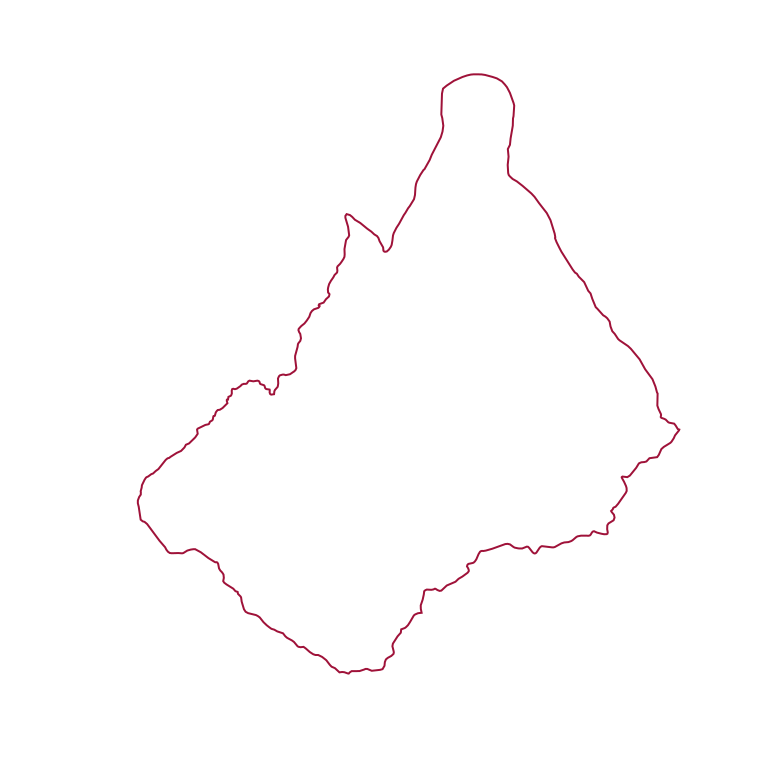 the district of Chinavita, Boyacá, Colombia, rotated 254°
{"feature_id": "7082276B18189760139189", "entity_name": "Chinavita", "entity_type": "district", "adm_level": 2, "iso_a3": "COL", "parent_name": "Colombia", "parent_adm1": "Boyacá", "projection": "mercator", "projection_center": [-73.337, 5.21], "detail": "fine", "context": "isolated", "style": "outline", "palette": "rose", "viewbox_px": 768, "rotation_deg": 254, "n_neighbors": 0, "source": "geoboundaries", "source_scale": "gbopen_adm2", "svg_char_len": 6166}
<svg xmlns="http://www.w3.org/2000/svg" viewBox="0 0 768 768"><g transform="rotate(254 384 384)"><path d="M615.7,585.9L618.3,586.0L629.1,585.3L635.4,584.0L638.6,582.7L642.4,580.8L646.7,576.7L649.3,572.9L653.2,566.4L654.8,562.9L657.0,555.4L657.5,552.7L657.7,548.9L657.5,544.1L656.2,534.8L653.6,526.6L651.7,522.2L647.2,519.8L627.3,513.4L623.5,513.3L615.9,512.2L610.5,509.8L605.5,506.6L591.2,493.1L586.8,489.7L579.3,482.1L578.8,480.9L574.9,476.4L569.6,471.4L567.4,469.9L564.2,468.4L557.2,465.9L553.4,463.8L547.9,457.8L546.3,455.6L542.6,451.7L540.9,449.6L533.9,442.7L530.7,439.0L526.4,435.0L524.3,433.6L519.5,431.6L515.6,429.7L514.0,428.4L511.8,425.7L510.6,423.2L510.8,421.4L511.4,420.6L512.3,420.2L515.6,420.8L522.5,419.1L525.9,418.9L528.1,418.1L530.5,415.9L534.0,413.8L537.9,410.7L545.3,405.6L549.9,401.3L553.4,399.5L555.8,397.8L557.6,394.9L556.2,393.2L554.4,392.7L545.1,392.8L536.5,391.5L535.2,390.5L532.9,387.3L532.0,386.8L524.6,383.2L519.4,381.9L517.1,381.0L515.2,379.3L513.0,376.7L511.6,374.9L509.9,371.8L508.9,371.0L505.7,370.4L504.1,369.6L502.4,366.5L500.5,364.7L497.8,361.4L495.2,358.8L492.3,357.0L490.4,356.1L487.3,355.5L485.8,356.3L485.2,356.3L483.3,355.2L481.5,351.6L478.9,348.4L478.6,343.7L477.7,342.9L477.3,342.9L476.6,343.6L475.7,342.7L475.3,341.8L475.1,337.3L474.0,334.8L472.4,332.9L469.2,330.7L466.3,327.3L464.1,324.2L462.5,320.4L460.6,317.3L459.4,316.6L457.4,316.7L455.2,317.3L450.8,316.8L448.5,315.4L446.9,313.1L446.1,312.3L443.4,311.1L435.5,306.3L433.1,305.6L423.4,304.1L421.8,302.8L421.0,301.4L419.3,296.3L419.6,292.0L420.7,290.3L421.0,288.9L421.0,286.3L420.4,285.2L418.5,283.6L413.7,282.5L411.3,281.4L410.5,280.9L408.3,277.5L407.2,276.6L404.5,275.5L404.9,272.6L405.8,271.8L407.3,271.7L409.6,272.5L410.2,272.5L411.6,269.4L412.6,268.7L415.3,268.6L415.9,268.3L418.0,265.2L418.7,264.9L420.4,264.9L421.4,264.4L422.1,263.2L422.6,259.1L424.3,255.6L424.0,254.3L422.3,252.3L422.2,251.2L422.8,249.3L422.6,247.1L421.6,245.5L420.1,241.2L420.1,239.3L421.0,237.7L420.9,236.6L419.6,235.8L416.8,235.1L415.4,234.1L414.9,233.5L414.5,230.9L412.1,229.8L412.4,229.1L412.0,228.5L411.0,228.2L408.7,228.2L405.4,222.2L404.5,219.1L404.8,217.0L404.2,215.9L403.1,214.5L400.2,212.7L400.0,212.3L400.2,211.5L400.0,211.1L397.0,209.6L396.4,208.9L395.7,206.3L393.9,204.8L393.7,204.0L393.9,201.0L392.4,192.5L391.6,191.7L387.5,191.2L384.7,187.8L380.6,180.2L380.2,176.8L378.0,174.7L375.6,170.5L374.9,165.8L372.8,158.6L372.2,157.2L372.2,155.4L371.2,153.2L364.4,143.7L363.3,140.6L361.6,137.3L361.5,135.5L360.1,131.8L359.9,130.2L359.6,129.4L358.0,127.5L353.4,123.4L351.2,122.5L347.9,120.5L347.2,120.5L344.7,119.7L342.9,117.5L339.9,115.3L337.2,114.5L333.7,114.4L320.7,112.7L318.5,114.2L317.5,115.8L314.7,117.7L295.2,125.0L287.4,128.6L284.8,129.1L282.3,130.1L280.6,131.5L279.8,133.4L278.2,139.7L276.9,143.2L276.8,144.5L278.1,149.0L278.1,152.5L277.8,154.9L277.3,156.9L272.8,161.5L265.1,167.2L259.6,172.2L259.1,172.8L258.8,174.1L258.3,174.6L256.8,175.0L252.2,174.6L249.9,175.2L247.4,176.5L245.1,177.2L241.8,176.6L238.8,175.1L237.1,175.6L234.8,177.3L228.8,182.7L225.8,184.1L224.5,186.0L222.5,185.8L219.2,187.6L218.2,187.8L214.0,187.2L206.1,187.3L203.2,188.2L201.2,190.2L197.2,197.2L195.8,198.7L193.9,200.2L188.3,202.5L184.5,204.7L182.0,206.5L179.7,208.3L178.1,210.8L175.6,213.2L172.2,218.2L168.7,219.6L166.7,220.9L162.9,224.8L160.8,226.4L155.8,228.6L155.0,229.3L154.0,231.2L153.5,234.2L151.5,235.8L146.8,238.8L143.7,241.5L142.4,243.4L141.6,246.1L138.7,249.3L134.4,252.4L129.0,254.5L126.7,255.7L124.4,258.5L119.1,261.7L118.7,264.4L117.9,266.4L115.5,269.8L115.4,270.4L116.2,271.5L116.9,273.7L114.8,281.3L115.0,286.3L115.2,287.6L114.7,289.4L111.7,293.2L110.3,301.5L110.3,304.0L113.0,306.8L116.5,308.2L118.7,309.9L119.7,312.1L120.6,316.1L121.9,318.7L123.1,319.4L124.3,319.6L129.6,319.8L132.0,321.0L137.7,327.5L140.3,331.6L143.4,332.9L143.7,336.7L144.1,337.9L145.5,340.5L148.1,343.5L153.3,348.9L153.9,350.4L154.3,353.5L153.7,357.1L157.7,357.4L161.1,358.3L166.0,361.7L170.8,364.3L173.7,365.5L174.4,366.9L174.6,368.5L173.1,372.8L172.9,374.9L173.2,376.5L172.9,377.1L171.2,378.6L169.8,380.4L169.6,382.2L173.0,388.8L174.2,398.2L176.2,402.0L177.3,406.3L179.5,412.3L180.6,413.8L181.7,414.2L183.7,414.1L185.8,413.5L187.1,414.3L187.8,415.5L187.5,419.9L187.6,420.9L188.4,422.5L190.1,424.5L194.4,428.0L196.3,430.1L196.6,431.0L196.6,431.9L196.1,433.5L195.8,435.9L195.8,442.7L196.7,456.4L196.3,458.7L195.1,460.9L191.7,463.5L190.7,464.5L188.9,467.9L187.8,471.4L188.3,476.5L187.8,477.6L186.6,478.3L181.4,480.4L180.2,481.2L179.6,482.0L179.5,483.0L179.9,484.0L183.7,488.5L184.4,489.8L184.6,491.1L180.7,500.4L180.3,501.6L180.2,503.2L181.9,510.6L182.0,513.6L181.2,517.7L181.4,520.6L181.8,522.1L183.9,526.7L184.2,528.1L183.9,531.6L181.7,539.1L181.7,540.1L182.2,541.1L184.0,543.0L184.6,544.1L184.6,545.3L182.5,547.7L180.2,551.6L178.9,554.2L178.3,556.6L178.5,557.5L179.7,558.2L182.9,558.5L186.6,559.7L188.1,561.4L189.7,567.1L192.0,568.8L194.9,569.0L198.1,567.6L199.3,567.3L200.5,569.4L201.4,569.9L201.9,570.7L202.2,572.8L204.3,576.0L212.7,586.4L214.3,587.8L217.1,588.5L219.2,588.5L223.9,587.8L228.5,586.7L229.0,586.9L229.3,587.7L227.4,592.2L228.2,595.1L233.9,603.3L237.4,607.1L237.6,608.1L237.8,609.8L237.2,612.8L237.2,614.9L239.5,618.7L238.4,626.4L240.1,628.6L245.0,632.7L246.4,635.6L248.5,643.1L249.3,644.5L252.0,647.6L254.4,649.6L258.1,654.8L258.8,655.3L259.7,654.0L263.7,652.9L265.9,652.0L268.2,647.5L268.9,646.7L272.1,645.0L273.4,643.6L275.0,641.3L276.0,640.9L277.8,641.8L278.8,641.9L284.2,641.0L287.9,640.8L299.5,644.4L300.5,644.1L306.8,644.2L314.6,643.4L326.2,639.1L337.3,636.5L349.8,631.0L353.2,629.0L361.0,622.5L362.8,621.4L368.6,619.6L371.8,618.0L376.9,617.6L381.8,618.1L385.7,616.7L387.7,615.4L389.7,613.6L397.6,609.8L399.5,608.7L408.5,607.7L414.1,607.5L417.3,606.0L426.8,604.5L433.5,600.8L436.8,599.8L438.5,598.3L442.1,596.9L462.3,591.0L466.7,590.1L472.7,589.0L476.9,588.6L477.4,588.7L477.8,589.1L481.5,589.5L495.6,589.2L503.4,587.6L515.1,582.9L522.4,580.3L526.5,578.2L536.3,571.8L542.2,567.5L545.7,564.1L549.1,562.1L550.6,561.5L552.5,561.5L560.5,563.3L568.2,566.4L575.7,567.8L579.2,571.0L585.2,573.4L596.8,579.0L603.7,581.2L605.7,582.3L615.7,585.9Z" fill="none" stroke="#9f1239" stroke-width="2"/></g></svg>